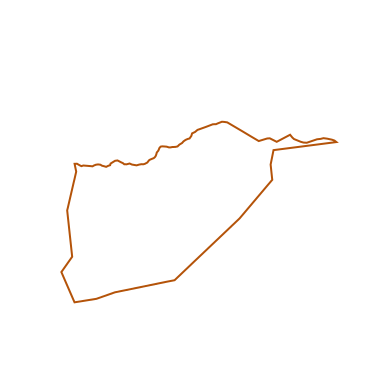 Açu, Rio Grande do Norte, Brazil (Natural Earth projection), rotated 246°
{"feature_id": "56859067B3651056164535", "entity_name": "Açu", "entity_type": "district", "adm_level": 2, "iso_a3": "BRA", "parent_name": "Brazil", "parent_adm1": "Rio Grande do Norte", "projection": "natural_earth1", "projection_center": [-36.933, -5.592], "detail": "fine", "context": "isolated", "style": "outline", "palette": "amber", "viewbox_px": 384, "rotation_deg": 246, "n_neighbors": 0, "source": "geoboundaries", "source_scale": "gbopen_adm2", "svg_char_len": 1473}
<svg xmlns="http://www.w3.org/2000/svg" viewBox="0 0 384 384"><g transform="rotate(246 192 192)"><path d="M172.0,40.1L139.0,39.8L133.3,61.2L131.7,80.8L120.4,132.0L118.5,140.2L127.3,164.9L134.6,185.5L148.5,224.7L167.2,263.4L170.5,270.3L172.5,270.9L185.1,275.0L197.1,283.5L178.9,344.2L181.0,343.1L182.9,341.1L185.8,337.1L187.7,334.0L188.2,331.1L189.3,327.7L190.3,316.9L191.8,314.0L193.6,311.8L198.9,306.7L201.0,305.8L204.4,304.9L203.4,289.8L209.4,284.9L210.3,282.5L211.4,273.7L219.0,268.3L226.7,262.9L241.3,252.5L243.0,249.8L244.0,247.9L244.2,243.4L244.2,241.5L245.4,238.6L245.7,233.0L245.8,231.3L246.3,224.6L246.5,222.3L245.6,219.2L245.5,215.9L243.5,214.2L241.9,211.5L242.2,209.6L242.2,207.3L241.7,204.8L240.8,202.9L240.4,199.7L239.5,197.3L240.0,195.0L241.1,192.3L241.5,190.5L242.1,189.1L243.7,187.3L244.7,185.5L245.8,183.4L246.2,181.8L245.5,180.2L243.5,178.1L242.4,175.9L240.9,174.7L239.7,173.5L238.9,172.2L238.5,170.8L238.6,168.2L238.6,166.1L238.0,164.8L237.1,163.2L236.9,160.5L237.1,158.9L238.0,157.0L238.5,155.0L238.9,152.2L241.5,148.3L243.4,146.6L243.9,143.5L244.9,141.4L246.5,140.6L248.2,139.1L249.5,138.1L251.1,136.8L251.8,134.4L251.1,129.2L249.8,128.1L250.0,126.2L249.9,123.8L251.2,122.3L252.6,120.5L254.2,119.4L255.4,117.4L256.0,115.3L256.1,113.1L255.9,111.6L257.0,109.7L260.4,103.5L260.6,101.5L262.0,100.3L264.6,98.4L265.5,96.2L257.7,94.5L251.3,89.7L249.9,88.6L227.9,72.0L226.0,70.5L181.6,56.2L172.0,40.1Z" fill="none" stroke="#b45309" stroke-width="2"/></g></svg>